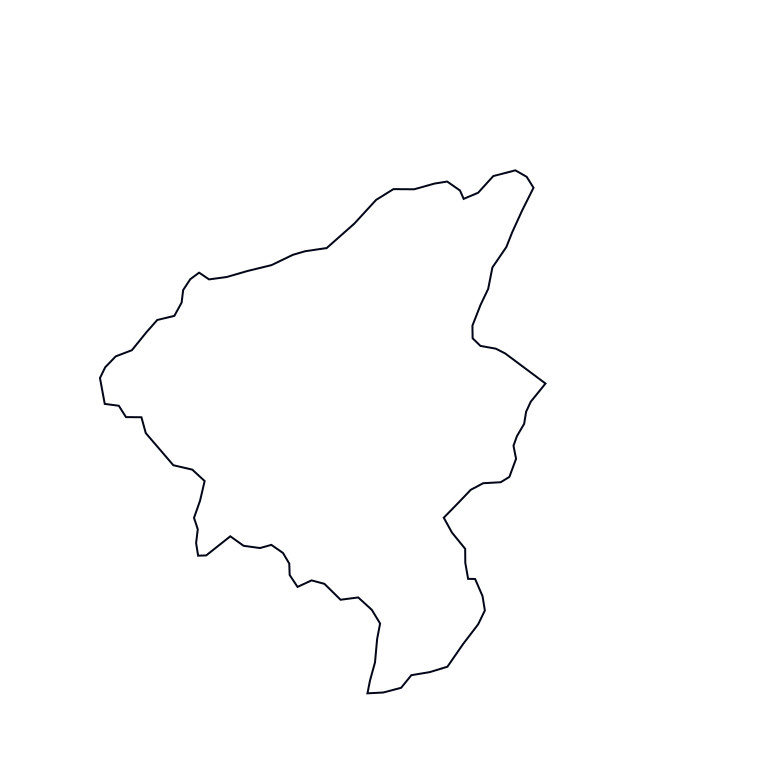 Linköping, Östergötland, Sweden (Equal Earth projection), rotated 309°
{"feature_id": "70781695B57213599568931", "entity_name": "Linköping", "entity_type": "district", "adm_level": 2, "iso_a3": "SWE", "parent_name": "Sweden", "parent_adm1": "Östergötland", "projection": "equal_earth", "projection_center": [15.609, 58.386], "detail": "fine", "context": "isolated", "style": "outline", "palette": "ink", "viewbox_px": 768, "rotation_deg": 309, "n_neighbors": 0, "source": "geoboundaries", "source_scale": "gbopen_adm2", "svg_char_len": 1450}
<svg xmlns="http://www.w3.org/2000/svg" viewBox="0 0 768 768"><g transform="rotate(309 384 384)"><path d="M204.2,611.2L231.8,609.1L256.5,608.4L271.5,604.9L281.2,594.0L289.8,577.5L285.5,572.0L296.2,559.7L307.0,550.8L311.3,530.3L317.7,514.6L340.3,516.7L356.4,518.0L369.3,523.5L381.1,536.5L390.7,539.9L409.0,533.7L417.5,523.5L427.2,520.1L441.2,518.0L451.9,511.9L462.6,509.2L486.0,509.2L484.0,458.8L481.8,448.6L474.3,435.0L475.3,424.1L485.0,416.0L506.4,409.2L523.5,405.1L542.8,394.9L567.4,392.9L582.4,388.2L606.0,382.1L630.6,376.7L632.4,371.5L634.8,364.5L632.7,351.6L614.4,338.1L609.6,337.8L591.9,336.8L578.0,329.4L582.2,321.3L581.1,305.7L571.4,297.0L554.3,284.9L541.4,268.7L522.1,262.0L490.0,260.0L453.6,253.9L437.6,239.2L426.9,231.8L405.5,221.7L386.2,207.0L368.0,194.3L355.2,182.2L354.2,170.4L354.1,170.2L343.5,167.5L330.6,168.8L319.9,175.5L305.0,178.2L291.1,167.5L275.1,166.8L265.2,166.8L251.6,166.8L236.6,158.1L221.6,156.8L209.9,159.5L192.8,179.5L200.2,191.6L195.9,204.3L205.5,216.4L195.9,229.8L188.3,271.4L196.8,288.9L195.7,305.7L177.5,314.5L160.4,320.6L156.5,326.7L153.9,330.7L142.1,338.1L133.6,347.6L138.9,353.7L168.9,360.4L169.9,376.7L178.5,390.9L188.1,397.7L189.1,411.9L184.8,423.4L176.2,430.9L171.9,444.5L185.8,451.3L191.2,463.5L189.0,486.0L201.9,498.3L200.8,516.7L195.4,531.7L181.4,539.2L162.0,552.2L144.8,559.7L133.2,565.8L143.7,577.5L158.7,588.5L174.9,588.5L188.8,600.8L204.2,611.2Z" fill="none" stroke="#020617" stroke-width="2"/></g></svg>